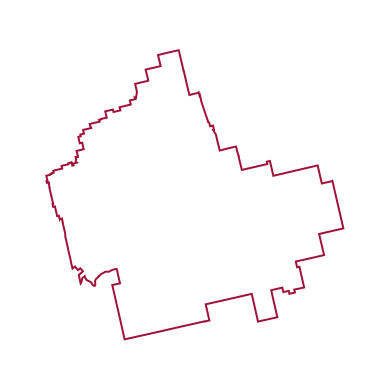 the district of Perenjori, Western Australia, Australia, rotated 77°
{"feature_id": "25037944B82153403198712", "entity_name": "Perenjori", "entity_type": "district", "adm_level": 2, "iso_a3": "AUS", "parent_name": "Australia", "parent_adm1": "Western Australia", "projection": "orthographic", "projection_center": [116.454, -29.398], "detail": "fine", "context": "isolated", "style": "outline", "palette": "rose", "viewbox_px": 384, "rotation_deg": 77, "n_neighbors": 0, "source": "geoboundaries", "source_scale": "gbopen_adm2", "svg_char_len": 4567}
<svg xmlns="http://www.w3.org/2000/svg" viewBox="0 0 384 384"><g transform="rotate(77 192 192)"><path d="M107.1,284.2L110.8,284.1L110.9,287.9L112.7,287.9L112.8,290.4L118.4,290.4L118.5,290.4L119.3,290.4L119.3,287.9L125.9,287.9L126.0,292.5L126.0,295.2L127.2,295.2L128.5,295.2L130.9,295.1L132.1,295.1L132.1,296.5L131.7,296.5L131.7,297.6L134.3,297.5L134.8,298.0L135.6,298.3L136.3,298.4L137.5,297.5L137.5,297.9L137.0,298.4L137.1,298.9L137.5,299.1L137.5,301.3L139.4,301.3L139.4,302.7L135.9,302.7L135.9,303.1L135.9,303.4L136.2,303.4L136.2,305.3L136.2,306.2L137.2,306.2L137.2,306.3L137.2,307.0L137.2,313.2L137.3,313.2L140.0,313.2L140.0,316.2L140.0,320.5L140.1,322.4L142.1,322.4L142.1,324.8L142.9,324.8L142.9,326.5L143.3,326.5L143.4,330.3L148.6,330.3L148.6,331.3L150.4,331.3L150.4,329.4L151.4,329.4L151.4,329.7L155.7,329.7L155.7,330.0L157.8,330.0L160.1,330.0L164.4,329.9L164.4,330.0L172.4,329.9L172.4,330.0L172.4,330.6L174.3,330.6L175.3,330.6L175.3,330.4L175.3,328.8L177.9,328.8L184.0,328.8L185.2,328.8L185.2,328.6L185.2,327.0L189.0,327.0L188.8,326.8L188.7,326.6L188.6,326.4L188.6,326.1L188.6,325.9L188.6,325.7L188.7,325.4L188.8,325.2L188.8,324.9L188.7,324.7L192.0,324.7L192.0,324.9L195.3,324.9L199.2,324.9L202.0,324.9L203.1,324.9L203.7,324.9L203.8,324.9L204.1,324.9L206.5,325.4L207.5,325.5L207.8,325.5L208.2,325.5L211.2,325.5L214.9,325.5L218.0,325.5L219.4,325.6L221.8,325.6L224.7,325.6L227.5,325.6L231.3,325.6L235.0,325.7L239.7,325.6L238.3,322.8L242.5,320.6L241.2,318.0L244.8,316.1L247.3,320.9L249.8,321.0L256.1,321.1L255.3,320.2L251.9,318.6L251.1,318.1L250.7,317.5L250.3,316.2L249.9,315.5L250.1,315.5L251.0,315.8L252.1,315.0L253.1,314.9L254.1,314.4L255.6,312.6L256.9,311.0L258.1,310.3L260.3,309.7L261.0,309.0L261.6,308.0L261.0,307.2L258.1,306.6L257.5,306.6L257.3,306.6L256.6,306.3L256.0,305.8L255.5,305.4L255.0,304.8L254.6,304.1L254.4,303.6L254.2,303.3L254.0,302.9L253.7,302.6L253.3,302.4L253.0,302.0L253.0,301.9L253.2,302.0L253.4,302.1L253.4,301.8L253.2,301.5L252.8,301.3L252.7,301.1L252.4,300.6L252.1,300.1L251.8,299.4L251.6,299.1L251.5,298.8L250.8,296.2L250.4,295.3L250.3,294.8L250.3,294.0L250.3,293.8L250.5,292.8L250.9,291.3L250.9,290.3L250.1,288.0L249.8,284.0L250.2,282.6L250.5,282.6L256.3,282.7L256.7,282.7L264.8,282.7L264.7,290.6L304.3,290.7L320.4,290.8L320.5,283.9L320.5,278.2L320.6,268.2L320.7,239.9L320.7,232.0L320.8,219.3L320.8,208.7L321.1,208.7L321.1,204.0L304.5,203.9L304.7,156.7L328.4,156.8L333.1,156.9L333.2,137.0L332.2,137.0L320.8,137.0L305.5,136.9L305.5,125.5L310.1,125.5L310.1,120.0L313.1,120.0L313.1,114.3L310.1,114.3L310.1,112.8L310.2,110.7L310.2,109.7L310.2,104.2L302.7,104.2L298.7,104.2L289.0,104.1L289.0,106.5L283.1,106.5L283.2,89.4L283.2,88.2L283.2,87.1L283.2,83.9L283.2,82.8L283.2,78.6L283.2,77.5L261.5,77.6L261.5,73.0L261.5,52.7L249.4,52.7L234.6,52.7L231.2,52.7L225.5,52.7L212.8,52.7L212.7,52.7L212.9,53.5L212.9,63.6L195.4,63.6L194.4,63.6L194.4,74.9L194.5,109.1L179.3,109.1L179.3,112.3L181.7,112.3L181.7,114.9L181.7,133.8L181.7,138.5L167.5,138.6L167.5,138.4L166.5,138.4L166.3,138.4L165.8,138.5L165.4,138.6L165.1,138.7L162.8,138.8L160.4,138.8L159.5,138.8L158.7,138.9L157.6,138.9L157.6,145.0L157.7,150.5L157.8,154.2L157.8,155.7L156.3,155.7L153.8,155.7L151.4,155.7L150.4,155.7L150.2,155.8L149.9,155.8L148.7,155.8L145.4,155.8L141.2,155.8L139.3,156.5L136.3,157.5L136.3,156.6L132.0,156.6L132.0,159.6L128.6,159.6L128.4,159.7L128.2,159.7L128.1,159.8L127.7,160.2L127.6,160.3L127.4,160.4L127.4,160.5L126.9,160.5L125.9,160.6L125.1,160.7L124.8,160.7L123.6,160.8L122.3,161.0L112.9,161.9L106.4,162.5L106.2,162.6L105.9,162.5L103.3,162.5L101.8,162.5L99.2,162.5L99.7,163.0L97.8,163.1L97.7,163.1L96.4,163.1L96.8,163.7L96.8,165.3L96.8,167.9L96.9,172.7L86.6,172.8L81.3,172.8L76.5,172.8L71.8,172.8L71.8,173.0L70.5,173.0L69.8,173.0L67.5,173.0L67.3,172.9L62.4,173.0L58.1,173.0L55.2,173.0L50.9,173.0L50.8,178.2L50.8,181.3L50.8,187.1L50.9,192.0L50.9,194.3L53.7,194.3L62.2,194.2L62.3,197.8L62.3,199.7L62.3,202.4L62.3,204.0L62.3,209.7L66.6,209.6L67.7,209.6L68.0,209.6L70.9,209.5L73.7,209.6L73.8,211.0L73.8,216.1L73.8,218.6L73.9,223.1L77.0,223.1L79.3,223.1L81.7,223.1L81.8,223.1L82.0,223.1L87.9,225.5L87.0,226.5L88.8,226.5L88.8,232.0L89.3,232.0L92.9,232.0L93.0,232.0L93.1,243.5L95.4,243.4L95.4,243.5L96.4,243.5L96.4,249.8L96.4,250.5L95.8,250.5L93.9,250.5L93.9,258.4L96.5,258.4L100.4,258.4L100.4,259.4L100.3,264.2L100.8,264.2L100.8,266.4L102.7,266.1L102.7,271.0L102.7,276.4L102.8,276.4L103.3,276.3L103.9,276.4L104.3,276.3L105.2,276.3L106.0,275.9L107.0,275.8L107.0,278.9L107.0,282.4L107.0,283.4L107.0,283.8L107.1,284.2Z" fill="none" stroke="#9f1239" stroke-width="2"/></g></svg>